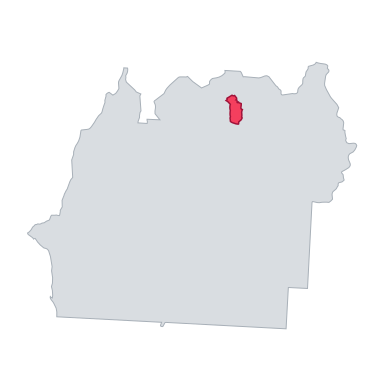 As Salam - WK, South Kordufan, Sudan (highlighted), rotated 183°
{"feature_id": "16777658B70273794752269", "entity_name": "As Salam - WK", "entity_type": "district", "adm_level": 2, "iso_a3": "SDN", "parent_name": "Sudan", "parent_adm1": "South Kordufan", "projection": "mercator", "projection_center": [28.195, 11.292], "detail": "fine", "context": "in_parent", "style": "filled", "palette": "rose", "viewbox_px": 384, "rotation_deg": 183, "n_neighbors": 0, "source": "geoboundaries", "source_scale": "gbopen_adm2", "svg_char_len": 4655}
<svg xmlns="http://www.w3.org/2000/svg" viewBox="0 0 384 384"><g transform="rotate(183 192 192)"><path d="M266.6,312.4L262.9,312.4L262.6,311.5L262.6,309.2L263.0,307.4L264.3,304.6L264.0,303.0L264.2,300.8L263.3,298.3L254.6,291.0L252.9,289.0L248.2,287.2L249.1,285.2L247.2,270.3L248.1,268.6L248.4,265.9L248.3,263.7L249.5,259.8L249.6,258.2L240.4,258.1L240.2,259.8L240.7,261.6L240.7,262.3L227.8,262.4L233.0,268.2L233.2,270.8L232.9,274.0L233.0,276.0L233.3,277.3L234.6,280.0L234.6,280.5L234.2,281.1L225.1,288.8L223.6,292.4L222.4,294.3L219.8,297.5L211.5,305.8L210.1,306.3L203.8,306.6L203.2,306.8L202.7,307.2L202.4,307.1L197.0,302.3L187.9,296.4L181.8,299.5L180.2,300.6L180.2,303.4L179.3,304.8L177.6,306.4L173.2,307.4L170.9,308.2L168.1,309.8L165.4,312.4L165.2,313.8L165.5,315.1L150.1,315.0L149.1,314.0L146.9,309.7L145.3,309.9L131.3,309.4L129.3,309.9L125.3,311.7L123.3,312.0L121.2,311.1L113.8,302.5L112.2,301.5L110.6,299.4L109.0,298.5L108.5,297.9L108.3,297.0L108.3,295.1L107.8,293.9L106.7,293.6L96.7,295.6L95.3,295.4L93.3,295.7L92.5,296.1L91.7,297.2L91.6,299.6L91.3,300.8L90.5,302.1L87.7,305.0L87.1,306.3L87.2,309.5L87.0,311.1L86.6,311.9L85.4,313.1L84.9,313.8L84.4,317.9L82.9,320.4L82.5,321.3L82.5,323.1L82.2,323.6L77.7,325.1L76.1,326.0L75.0,327.4L74.8,328.0L72.9,327.5L70.4,327.1L65.7,326.7L63.9,326.0L63.0,325.0L63.3,322.5L62.8,322.0L62.1,321.6L61.6,320.5L61.7,319.2L64.1,316.3L64.6,314.8L65.3,307.5L65.1,305.3L63.1,301.3L58.7,294.2L57.6,292.9L51.9,287.1L51.3,286.2L49.9,283.8L51.4,278.4L51.5,276.9L51.1,275.4L49.7,274.3L48.4,274.1L46.8,272.7L45.7,272.0L44.7,270.8L44.1,269.0L44.5,262.7L44.2,261.9L42.8,261.6L42.4,261.2L42.5,259.9L41.7,256.3L40.8,253.4L41.3,251.7L40.1,249.4L37.8,248.5L33.3,249.2L31.9,249.1L31.0,248.7L30.3,247.8L29.9,246.9L30.3,245.4L31.5,242.7L33.1,240.5L36.4,238.5L37.2,237.4L37.7,236.2L37.8,234.8L37.6,233.4L37.2,232.0L36.3,230.3L35.4,228.2L35.4,226.8L35.8,225.8L36.7,224.6L39.9,222.3L43.2,220.3L43.7,219.6L43.5,218.8L42.0,217.2L41.5,214.1L40.7,211.9L42.3,210.2L43.6,209.6L45.5,209.1L46.3,208.5L46.5,207.1L46.4,205.9L47.1,204.9L48.0,202.9L48.8,202.0L51.3,199.7L51.9,198.1L52.0,196.7L51.3,192.2L52.8,190.4L54.7,188.8L57.3,188.9L61.5,188.6L64.3,188.0L66.3,188.0L70.9,188.8L71.4,188.5L71.6,187.3L71.6,101.7L90.6,101.7L90.8,101.6L90.9,60.3L211.2,60.4L212.1,60.2L214.0,56.3L214.8,56.0L216.1,56.3L216.5,57.2L215.5,60.3L320.5,60.3L320.7,65.1L321.6,68.9L324.6,74.3L327.1,77.2L328.0,78.8L328.1,79.5L328.0,80.2L327.2,79.4L325.9,78.9L325.7,81.4L326.3,86.5L327.4,90.2L326.6,93.5L326.7,99.1L328.1,105.9L327.8,110.2L330.0,120.2L332.1,125.8L333.3,127.2L334.6,127.9L337.1,128.4L340.8,131.2L343.7,134.1L344.8,135.7L346.2,137.4L347.2,137.1L347.8,136.7L348.7,138.0L353.4,141.0L354.1,142.4L352.4,143.7L350.5,146.1L349.5,148.2L349.0,148.9L347.5,150.3L347.2,150.9L346.5,151.3L345.8,151.3L344.2,152.1L342.8,151.9L341.3,152.3L340.8,152.8L339.7,153.2L338.1,153.5L335.7,155.3L333.6,156.2L332.8,156.9L331.7,160.5L330.9,161.5L327.8,161.6L326.3,161.9L324.2,161.5L323.2,161.5L322.9,162.3L322.5,165.4L322.6,166.8L320.8,170.3L321.3,176.9L319.6,181.9L319.4,183.0L317.7,186.9L316.8,188.4L314.6,195.7L313.7,197.9L311.9,200.3L313.8,217.7L312.2,223.1L312.3,226.0L311.2,230.3L310.4,232.3L309.0,234.7L307.8,237.3L306.8,240.9L306.1,247.5L305.7,248.1L300.2,249.0L298.5,249.4L297.3,250.2L295.9,251.9L293.0,256.6L291.6,259.4L289.2,263.3L286.5,266.1L286.0,267.5L285.5,270.0L284.5,273.9L283.6,276.8L283.8,279.0L282.9,283.0L283.0,284.9L282.1,285.9L280.8,286.9L279.9,287.2L276.1,284.6L273.4,286.4L271.7,288.9L270.4,291.5L271.1,296.9L271.1,298.1L270.7,299.4L268.1,304.7L267.4,307.1L266.6,311.4L266.6,312.4Z" fill="#d9dde1" stroke="#a8b0b8" stroke-width="1"/><path d="M147.5,282.9L147.9,283.0L148.7,283.3L149.5,283.5L150.4,283.9L150.4,284.0L150.5,283.9L150.5,283.7L151.0,283.7L151.1,283.9L151.5,283.7L151.6,283.8L151.6,284.8L152.2,286.5L152.7,286.4L152.8,286.4L152.5,286.8L152.5,287.0L152.3,287.5L152.4,288.2L154.5,290.6L155.0,290.4L155.7,290.2L156.3,290.3L156.9,290.7L157.2,290.7L160.1,288.7L161.5,287.8L162.0,287.4L161.6,286.7L161.8,286.3L162.2,285.7L162.8,285.1L161.2,284.3L159.5,282.7L158.3,281.6L158.6,280.0L158.6,278.2L158.4,276.8L158.0,275.5L158.1,274.2L158.1,271.9L157.9,270.4L157.6,269.5L157.7,268.4L157.9,268.0L157.8,267.3L157.6,266.4L157.5,265.4L157.4,265.0L157.3,264.4L156.1,263.7L154.8,263.2L152.9,262.7L152.3,262.5L151.7,262.4L151.2,262.3L149.6,262.2L149.1,262.3L149.0,262.5L149.0,264.4L147.6,265.8L147.0,266.3L146.7,266.7L146.4,267.2L145.8,268.6L146.1,269.1L146.4,269.4L146.2,270.4L146.3,272.0L146.6,274.2L146.4,275.7L146.0,277.0L146.9,277.2L147.6,278.4L147.5,280.1L147.4,281.3L147.4,281.9L147.4,282.1L147.5,282.9Z" fill="#f43f5e" stroke="#9f1239" stroke-width="1.5"/></g></svg>